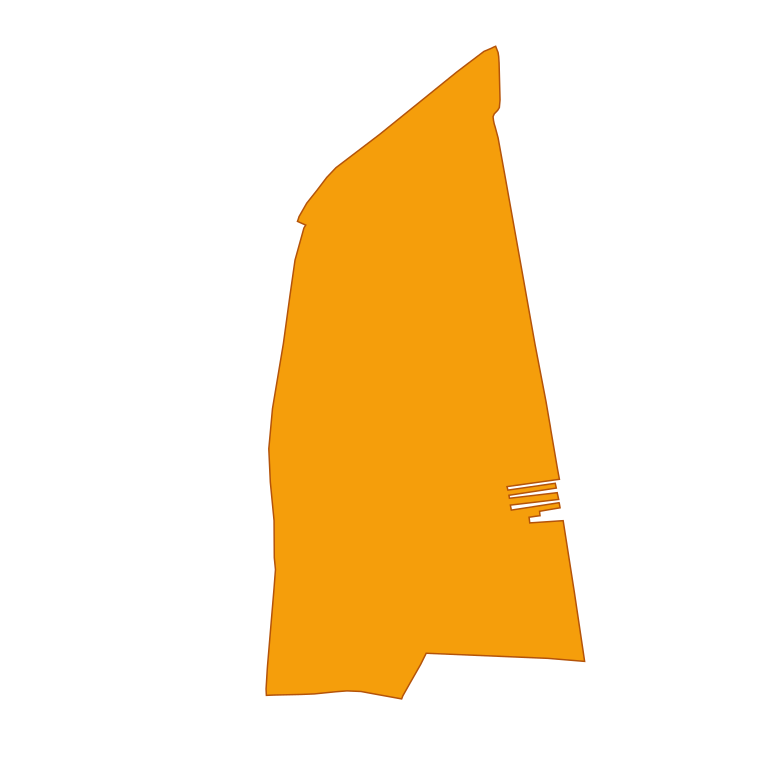 outline of Shubra, Al Qahirah, Egypt, rotated 170°
{"feature_id": "37247803B2980274366801", "entity_name": "Shubra", "entity_type": "district", "adm_level": 2, "iso_a3": "EGY", "parent_name": "Egypt", "parent_adm1": "Al Qahirah", "projection": "natural_earth1", "projection_center": [31.25, 30.072], "detail": "fine", "context": "isolated", "style": "filled", "palette": "amber", "viewbox_px": 768, "rotation_deg": 170, "n_neighbors": 0, "source": "geoboundaries", "source_scale": "gbopen_adm2", "svg_char_len": 1379}
<svg xmlns="http://www.w3.org/2000/svg" viewBox="0 0 768 768"><g transform="rotate(170 384 384)"><path d="M441.0,559.2L438.4,557.4L433.5,554.1L435.8,551.5L437.5,547.9L450.1,521.5L461.2,487.6L476.0,441.5L498.1,379.1L504.6,355.2L508.7,340.2L513.0,307.0L516.0,268.5L522.2,232.0L523.1,220.1L528.0,201.0L547.7,126.5L548.1,124.9L548.5,123.3L553.1,104.1L553.8,98.8L553.9,97.8L546.5,96.8L519.7,92.7L506.5,90.9L484.9,89.3L473.7,88.2L460.1,85.2L447.0,80.3L421.3,70.8L420.5,72.1L419.7,73.5L409.6,85.8L396.5,101.6L389.2,111.5L270.4,85.4L234.6,76.0L234.3,86.2L232.7,145.8L231.8,192.7L231.3,218.3L264.6,221.9L264.4,224.7L264.3,227.6L258.0,227.4L253.2,227.2L253.1,229.4L252.9,231.6L246.2,231.6L232.1,231.5L232.1,236.0L232.2,236.7L280.5,237.7L280.6,242.8L232.0,240.0L232.3,246.4L232.3,246.9L280.3,249.7L280.3,252.7L232.4,251.6L232.6,256.5L280.4,258.0L280.7,261.6L230.7,259.8L227.8,259.7L227.9,270.0L227.8,289.0L227.7,309.6L227.6,313.6L227.6,317.5L227.5,337.9L228.4,397.0L228.5,473.3L228.7,562.6L228.9,606.6L229.9,617.9L230.3,621.0L230.4,624.4L230.2,628.3L228.5,630.9L225.3,633.2L224.2,634.1L222.4,636.2L220.4,643.6L214.9,680.3L214.2,686.6L214.1,690.6L215.4,697.2L217.3,696.8L220.0,696.0L227.8,694.2L245.2,685.3L258.0,678.7L308.2,650.9L345.3,630.4L393.7,605.4L404.5,597.4L416.6,586.2L428.6,575.6L438.6,563.6L440.0,560.9L441.0,559.2Z" fill="#f59e0b" stroke="#b45309" stroke-width="1.5"/></g></svg>